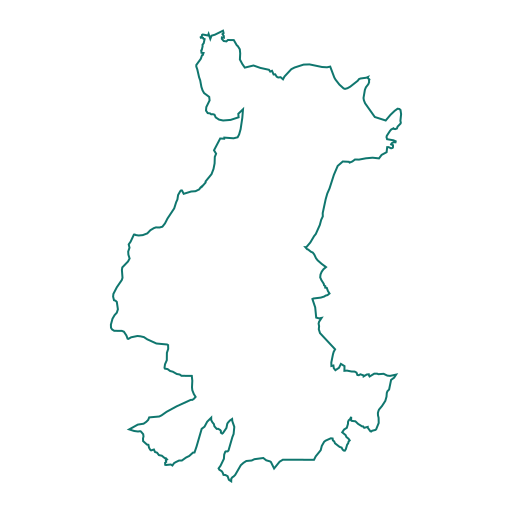 Xochiatipan, Hidalgo, Mexico (Natural Earth projection)
{"feature_id": "50627088B51717309851440", "entity_name": "Xochiatipan", "entity_type": "district", "adm_level": 2, "iso_a3": "MEX", "parent_name": "Mexico", "parent_adm1": "Hidalgo", "projection": "natural_earth1", "projection_center": [-98.279, 20.863], "detail": "fine", "context": "isolated", "style": "outline", "palette": "teal", "viewbox_px": 512, "rotation_deg": 0, "n_neighbors": 0, "source": "geoboundaries", "source_scale": "gbopen_adm2", "svg_char_len": 6036}
<svg xmlns="http://www.w3.org/2000/svg" viewBox="0 0 512 512"><path d="M196.3,65.0L196.3,66.6L197.3,69.4L199.1,77.3L200.2,80.4L201.4,86.9L202.6,90.5L204.1,93.1L209.2,96.9L209.6,100.4L206.3,107.1L206.0,110.6L207.7,113.1L210.0,113.4L211.2,114.3L212.9,114.2L214.5,114.7L215.7,117.4L219.0,119.6L223.1,120.5L230.6,119.9L238.6,117.3L238.3,113.8L243.0,109.3L242.3,117.9L240.6,129.2L239.1,134.5L237.6,137.3L233.6,138.3L224.3,137.6L224.2,138.7L220.2,138.5L214.0,150.3L216.1,153.7L214.8,156.9L214.6,163.4L213.5,169.0L211.5,174.2L205.6,181.4L205.6,182.5L202.0,186.6L201.9,186.3L200.6,187.4L199.2,189.4L195.5,191.2L191.2,191.5L183.7,193.8L182.0,190.5L181.1,190.4L180.3,191.1L178.1,195.0L177.4,199.5L176.2,202.1L174.2,208.4L167.5,218.5L165.0,223.4L162.4,226.7L159.5,227.5L155.9,227.4L153.9,228.1L150.4,230.2L147.3,233.4L142.8,235.1L138.6,235.5L135.5,235.0L134.8,234.5L133.9,234.6L130.6,241.7L128.7,244.4L129.5,247.7L128.2,251.6L128.4,254.7L129.6,258.5L128.0,261.5L122.3,267.4L121.9,269.9L122.5,277.8L121.8,280.0L116.8,287.3L113.4,293.9L113.1,296.6L114.0,300.2L115.5,300.7L116.8,301.9L117.9,309.3L116.8,312.7L114.6,315.1L112.5,318.7L110.9,324.6L111.0,327.7L112.0,329.4L114.2,330.8L121.9,330.9L123.9,331.7L126.4,335.5L127.6,338.7L128.4,338.9L131.1,337.3L137.4,336.0L140.4,336.3L143.9,337.1L147.2,339.3L156.4,343.5L167.1,344.5L168.1,345.1L168.2,348.9L166.9,352.8L166.8,360.2L165.0,364.3L164.5,367.8L164.9,368.6L167.6,369.1L170.1,371.0L172.8,371.7L176.8,374.0L179.7,374.5L181.5,375.8L191.8,375.9L192.3,380.8L192.0,387.3L192.3,390.2L193.8,394.0L195.6,396.9L193.8,398.9L192.3,399.9L190.7,399.9L176.7,406.3L166.6,411.8L161.5,415.4L159.2,416.5L149.2,417.4L148.2,419.9L146.3,421.8L143.6,423.7L137.8,424.6L129.2,429.4L134.2,431.0L138.0,431.5L140.2,431.2L140.9,431.5L143.2,434.2L143.5,436.4L143.0,438.5L143.1,441.1L147.0,444.6L148.4,444.8L149.0,447.6L150.1,449.6L151.1,450.4L153.9,449.5L155.0,452.0L157.1,452.7L158.9,455.1L161.8,455.7L164.6,458.0L166.0,458.3L167.0,459.5L165.8,460.1L166.2,461.9L165.1,462.8L165.2,464.8L166.0,465.0L170.8,464.5L172.4,465.5L174.0,463.2L175.6,462.2L179.1,460.5L181.9,460.5L186.1,457.5L189.2,456.0L193.0,452.6L194.5,452.5L196.5,446.7L201.7,428.8L204.5,426.7L207.2,421.7L211.2,417.7L211.2,420.1L212.4,422.3L213.9,424.1L214.4,426.3L216.7,428.9L218.2,428.8L220.3,430.1L220.9,431.0L220.9,432.7L222.2,433.6L223.0,433.0L226.4,428.0L227.3,423.7L227.9,422.7L229.9,420.5L232.1,419.0L232.3,421.1L234.3,426.9L233.6,434.0L232.4,437.0L228.5,450.5L227.6,451.4L225.7,451.4L225.3,451.7L224.2,454.5L223.9,458.8L220.5,465.8L218.6,468.4L219.3,469.7L221.7,471.2L222.6,472.5L223.5,474.9L225.4,475.0L227.6,476.2L228.9,479.8L231.2,481.3L231.3,478.6L232.5,477.1L233.5,476.6L235.2,474.9L240.8,465.2L243.5,462.8L246.3,461.0L251.7,460.5L254.4,459.2L263.3,458.0L266.2,460.3L270.0,461.4L270.9,462.0L274.1,468.5L279.6,461.7L282.9,459.7L314.0,459.8L315.7,456.4L320.7,450.2L321.8,445.9L324.2,441.7L325.7,440.6L330.8,438.3L332.6,438.5L332.9,440.4L334.2,441.4L335.0,443.3L339.6,446.9L341.6,447.6L342.5,449.4L343.6,450.5L344.8,450.7L345.8,449.2L347.2,444.5L348.1,443.5L348.6,441.5L349.7,440.4L348.5,438.7L346.4,437.0L345.6,435.1L342.2,432.3L344.1,429.5L346.8,427.8L348.0,423.8L348.0,422.0L348.7,420.3L350.0,419.2L351.2,416.9L351.1,420.4L351.8,420.9L355.4,421.3L358.1,423.9L362.1,426.4L363.1,426.4L364.2,427.8L367.7,426.9L367.7,427.6L370.4,431.3L371.3,431.5L372.0,430.8L375.5,429.9L376.2,429.2L378.7,423.0L378.6,417.8L378.0,415.4L377.9,413.0L378.4,411.1L379.0,409.6L382.0,406.0L385.3,400.9L386.5,396.7L386.8,393.0L387.4,391.3L389.1,389.5L391.1,379.9L394.1,377.7L396.1,374.6L390.0,375.9L387.3,375.6L383.6,373.8L378.4,374.2L377.2,373.7L374.2,373.7L369.6,376.5L369.0,375.5L368.8,374.3L366.8,374.5L363.6,376.4L363.5,375.4L360.4,374.3L358.8,375.2L357.4,375.0L356.5,372.6L354.7,371.6L351.5,371.5L347.0,370.6L344.4,370.8L344.5,366.1L340.9,363.9L339.0,367.8L335.4,370.2L333.8,368.2L333.4,365.5L331.4,366.0L331.3,362.5L333.0,354.2L333.7,351.8L335.1,349.3L320.0,333.1L318.8,329.3L319.1,326.2L318.6,323.6L319.1,321.7L321.6,317.9L319.1,318.4L316.2,317.6L315.2,307.4L312.4,299.0L313.4,298.5L320.8,297.6L324.3,296.5L325.6,295.6L327.5,295.1L329.5,293.5L327.9,291.0L326.8,287.9L325.2,287.6L325.3,286.2L324.0,285.2L323.8,283.9L321.4,280.1L320.2,277.4L320.5,274.5L321.7,271.7L323.4,269.3L326.0,267.1L321.7,263.9L317.6,260.3L316.0,258.2L314.2,254.4L312.7,252.5L311.0,251.8L308.1,249.5L307.1,249.2L305.3,247.1L306.4,247.1L310.3,242.5L314.1,236.1L315.8,234.0L319.8,225.0L321.2,219.8L322.8,216.4L322.7,213.1L325.7,199.1L327.3,193.5L329.5,188.5L333.9,174.8L337.7,165.9L342.8,161.5L348.9,161.8L349.6,162.6L352.3,161.5L355.0,159.5L359.0,159.6L365.9,158.3L372.6,157.7L379.0,158.4L381.6,154.9L386.6,152.2L387.2,147.1L388.5,147.1L391.1,148.3L392.6,147.9L393.0,147.1L393.0,145.2L391.1,144.4L391.4,143.7L392.3,142.8L394.1,142.2L395.5,142.3L395.7,141.3L393.5,140.3L387.1,139.2L386.5,137.1L386.8,135.8L390.0,130.9L391.2,129.5L393.5,128.3L393.9,128.9L395.2,129.1L396.9,128.5L397.6,126.6L400.6,123.5L400.8,122.4L400.4,120.9L401.1,114.1L400.5,110.0L399.4,109.0L397.6,108.7L394.7,110.8L390.5,114.8L385.7,120.5L374.8,117.0L365.1,103.3L363.9,100.3L363.5,98.0L364.9,89.8L365.9,87.3L368.3,84.2L369.1,82.2L369.0,80.6L369.4,79.5L367.6,77.9L368.0,77.0L366.4,77.7L360.5,78.5L359.0,79.1L357.7,80.8L350.2,86.7L347.5,88.2L345.0,88.9L343.6,88.4L339.4,84.6L335.5,79.6L334.3,77.5L330.2,66.6L327.0,67.3L322.0,67.0L309.5,64.4L303.6,64.6L294.6,67.5L291.3,69.2L284.5,76.5L283.0,79.3L280.6,77.2L278.2,77.5L276.7,76.7L275.2,74.3L273.6,74.5L272.0,70.8L270.2,71.6L269.0,69.8L260.3,67.9L253.5,65.5L244.8,67.6L242.3,64.0L239.9,59.5L240.2,53.4L239.8,49.3L237.8,46.1L236.8,45.3L233.8,40.1L227.9,40.0L226.4,41.4L223.7,41.0L221.8,38.8L221.9,37.4L223.9,37.7L223.8,36.0L222.5,34.1L223.6,33.1L223.0,30.7L214.9,34.7L211.5,35.7L210.3,38.9L208.6,33.9L208.0,35.5L202.8,34.5L202.1,34.8L201.8,36.4L200.7,37.2L201.0,37.8L201.6,37.5L203.1,37.9L203.4,38.7L204.6,39.1L203.7,43.2L202.5,44.8L202.6,46.3L201.8,49.9L201.2,50.4L201.5,52.8L203.5,53.0L202.8,55.0L202.0,55.3L200.8,58.8L196.3,65.0Z" fill="none" stroke="#0f766e" stroke-width="2"/></svg>